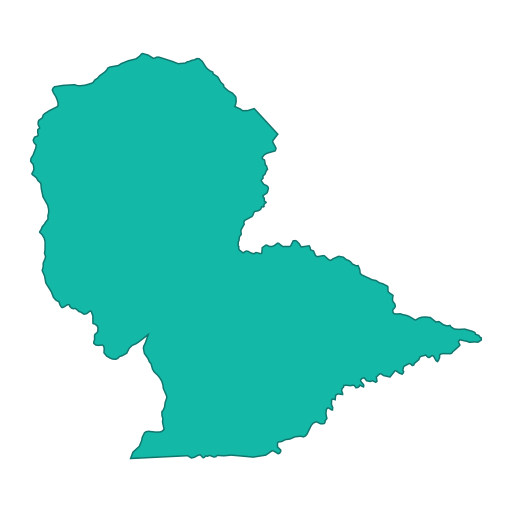 Santiago, Putumayo, Colombia (orthographic projection)
{"feature_id": "7082276B6069538576370", "entity_name": "Santiago", "entity_type": "district", "adm_level": 2, "iso_a3": "COL", "parent_name": "Colombia", "parent_adm1": "Putumayo", "projection": "orthographic", "projection_center": [-76.991, 1.09], "detail": "fine", "context": "isolated", "style": "filled", "palette": "teal", "viewbox_px": 512, "rotation_deg": 0, "n_neighbors": 0, "source": "geoboundaries", "source_scale": "gbopen_adm2", "svg_char_len": 5961}
<svg xmlns="http://www.w3.org/2000/svg" viewBox="0 0 512 512"><path d="M53.0,88.3L52.3,90.0L53.5,92.9L55.8,96.5L57.2,99.9L58.1,103.1L58.0,105.8L56.9,106.9L49.6,110.5L44.7,113.6L43.2,115.1L42.3,117.9L38.8,120.3L38.3,121.5L38.1,124.4L39.6,127.7L39.6,128.3L37.8,129.5L37.7,131.9L38.2,135.2L37.6,136.0L34.5,137.2L33.2,140.2L34.0,142.6L36.2,145.1L35.8,147.9L33.1,155.0L31.0,158.4L30.8,159.8L30.7,161.4L33.3,164.6L33.9,168.9L33.2,171.4L31.9,173.6L32.2,174.5L36.3,177.6L38.1,180.8L39.7,182.1L40.9,183.7L41.3,188.5L43.0,196.8L47.7,205.2L48.6,209.3L48.7,212.4L47.9,215.8L48.0,219.2L45.4,222.4L44.6,224.0L42.2,226.7L41.2,229.4L39.7,231.7L39.7,232.4L42.0,234.5L44.2,238.2L45.1,241.7L45.0,250.0L44.5,253.3L45.5,256.1L45.4,257.8L43.2,263.2L43.2,266.7L42.2,270.5L44.6,276.1L45.8,282.9L51.4,291.9L53.4,297.3L56.2,300.4L58.8,301.6L60.3,305.5L61.6,307.3L62.1,307.6L63.8,307.1L67.3,304.8L68.8,304.7L69.4,304.9L69.8,306.4L71.5,308.1L73.1,308.7L75.2,308.5L76.3,309.1L79.0,311.6L80.6,312.0L84.0,314.2L86.5,313.7L90.0,311.1L90.7,311.1L91.3,311.6L92.9,316.0L92.9,323.2L93.3,323.7L94.9,324.0L96.5,325.3L97.5,326.3L98.0,327.7L97.8,331.2L97.3,332.4L95.0,334.3L94.5,335.8L94.6,339.6L93.8,341.8L93.8,343.4L95.8,345.0L98.2,345.4L102.3,345.0L103.3,345.6L104.2,347.8L104.0,352.8L106.7,356.1L109.5,357.8L112.3,359.0L115.8,359.3L117.8,358.4L119.4,356.6L122.2,355.7L126.7,353.2L129.1,348.4L132.1,345.4L135.9,343.8L138.1,342.4L148.2,334.6L145.4,342.9L143.7,346.3L143.4,348.3L144.4,353.4L148.0,358.5L149.4,361.8L151.1,363.9L152.5,369.1L154.1,371.8L157.6,375.1L159.7,377.7L161.9,381.4L163.0,385.3L163.3,388.3L166.6,395.9L166.8,397.7L165.1,402.8L164.6,407.0L163.0,410.6L162.0,411.5L161.9,412.7L162.0,415.7L162.9,418.8L162.5,422.0L164.1,429.4L161.7,431.5L159.9,432.0L155.6,432.1L148.5,431.3L146.1,431.7L144.5,432.8L142.2,437.5L141.7,440.5L139.3,446.4L133.0,452.1L130.6,458.5L187.6,455.7L191.4,458.0L194.3,457.3L197.9,455.4L200.2,454.8L203.2,457.8L204.5,457.2L205.7,455.9L207.5,456.3L208.8,455.6L210.0,455.5L213.8,457.0L215.9,456.7L216.3,456.0L217.7,455.4L223.8,455.8L231.2,455.1L253.3,457.1L265.8,455.1L272.0,450.8L273.7,451.0L278.1,453.7L279.5,453.3L280.7,451.5L280.7,450.0L277.5,446.9L277.5,443.2L278.1,442.1L281.7,441.5L285.5,439.6L290.0,439.0L295.0,436.8L300.7,436.2L303.4,436.9L305.3,436.0L306.8,434.5L311.3,425.3L313.2,423.1L316.3,421.7L320.6,423.8L323.7,423.7L324.7,423.0L325.4,420.4L326.9,418.6L325.9,413.7L326.3,409.6L327.5,408.1L328.6,407.9L331.6,409.9L332.5,410.0L332.7,407.4L331.5,404.6L331.5,400.4L332.4,398.9L335.2,399.7L335.6,395.5L336.5,394.6L338.2,393.9L342.6,394.5L342.6,393.4L341.6,390.6L342.1,388.5L343.5,387.1L343.9,385.4L346.6,385.2L350.1,385.7L353.3,385.2L354.5,385.7L356.0,387.8L358.0,387.4L359.2,386.4L359.8,385.2L363.5,386.9L363.8,385.7L363.5,384.6L360.6,381.1L360.6,379.9L362.3,378.2L364.4,377.9L366.6,380.8L370.3,381.5L372.5,380.7L375.8,382.3L377.0,381.3L376.3,377.0L379.7,373.8L381.0,373.9L383.7,375.6L390.0,377.0L395.0,370.8L395.9,370.7L399.4,373.2L402.1,374.2L403.4,372.7L403.6,371.4L402.8,370.2L403.5,367.1L404.2,366.2L409.2,363.5L410.8,364.0L411.7,365.1L412.6,365.5L413.8,365.0L414.3,363.5L418.8,359.7L419.8,357.2L420.8,356.4L425.8,355.1L427.4,356.8L428.2,357.4L429.4,357.5L431.6,355.8L432.5,355.7L433.6,356.2L436.0,360.6L437.5,361.6L438.4,360.5L439.6,357.5L439.6,355.2L440.4,354.2L442.5,353.6L450.2,353.7L451.7,353.2L452.8,351.7L458.8,346.4L459.9,345.0L458.4,341.8L459.8,339.8L467.6,341.5L469.3,342.3L474.6,341.9L478.0,342.2L481.3,340.0L481.3,337.9L479.6,336.8L478.8,335.4L475.6,334.3L474.9,332.5L472.6,331.4L464.8,329.1L458.6,329.4L454.3,329.0L451.1,327.0L450.0,325.4L447.7,325.9L446.3,325.7L443.3,324.7L439.3,321.8L438.2,321.6L435.9,322.0L430.3,317.5L425.6,317.0L421.8,317.2L418.9,318.1L415.7,320.0L414.8,319.8L408.9,316.3L405.8,315.2L403.2,314.8L400.4,313.8L396.0,314.0L394.1,313.7L393.0,312.4L392.7,310.0L394.6,307.8L395.2,306.7L395.2,305.5L394.8,304.0L392.7,301.2L392.5,299.1L393.0,295.4L388.9,292.5L388.0,291.3L387.9,286.9L387.5,286.2L382.7,283.7L379.6,282.9L375.9,280.5L372.2,279.8L361.6,274.8L360.2,273.3L359.7,269.4L358.1,265.6L356.0,265.8L353.8,264.6L352.7,264.4L350.7,262.0L348.9,260.6L346.2,259.6L343.4,257.2L338.6,256.3L332.8,258.9L330.9,260.4L328.7,259.7L324.4,255.8L323.3,255.6L317.3,256.7L315.5,255.6L313.5,250.9L310.6,249.9L310.1,247.5L309.2,245.8L301.2,247.0L299.1,243.6L296.6,241.1L295.5,240.6L293.2,240.8L290.5,246.2L290.0,246.5L282.7,246.5L278.4,243.2L277.5,243.2L274.1,245.7L272.1,246.5L269.4,246.5L267.0,245.2L265.9,245.1L262.2,247.7L261.8,253.1L260.6,253.7L256.6,252.6L255.7,252.6L254.0,253.8L253.3,253.6L250.5,252.8L248.5,251.5L246.6,251.0L245.2,251.5L243.1,252.9L239.4,250.0L238.7,248.4L238.8,246.5L238.1,245.6L238.3,241.9L239.0,240.4L239.4,236.8L241.2,234.5L240.9,230.1L244.2,224.2L243.8,222.4L244.3,221.0L245.4,220.0L251.8,216.6L252.7,215.6L254.0,212.2L254.6,211.5L258.1,210.8L260.5,209.5L261.8,206.7L263.5,206.9L264.1,206.3L263.8,205.6L264.3,204.0L266.1,202.5L265.8,201.9L264.4,201.2L264.2,198.0L263.1,197.0L263.0,195.6L266.8,193.1L267.7,191.2L268.4,188.2L267.9,186.8L266.6,185.6L263.9,184.4L261.3,180.9L261.3,180.1L263.1,178.1L262.9,176.6L263.2,175.7L264.9,174.3L266.4,170.5L267.5,169.5L266.5,166.0L265.4,165.0L264.5,160.0L262.4,158.8L262.3,157.2L264.6,154.5L267.4,153.1L275.1,150.9L276.0,148.7L275.8,147.6L272.8,142.2L272.7,140.8L277.8,134.2L254.2,108.6L247.7,110.6L242.5,110.7L240.5,109.1L234.8,106.5L235.7,104.1L236.2,101.1L235.9,97.3L235.3,96.3L232.4,93.1L228.3,90.9L224.0,87.1L223.5,84.8L220.9,82.4L217.7,76.9L213.3,74.0L212.7,72.0L210.1,70.9L207.6,69.0L205.9,67.2L202.2,61.3L199.1,58.7L196.6,58.6L194.5,59.9L192.1,60.2L189.1,61.5L187.2,61.8L185.4,63.1L178.1,63.7L172.3,61.4L159.1,57.2L156.9,57.1L154.4,58.2L153.3,58.3L148.0,55.0L142.4,53.5L141.2,54.3L139.7,56.1L135.9,58.9L128.5,60.7L121.2,63.6L118.4,65.5L110.1,67.0L107.9,68.0L106.7,70.0L104.7,72.1L99.6,75.8L97.5,78.3L94.8,80.0L93.1,82.5L91.5,83.3L85.2,85.2L79.7,85.8L77.1,85.6L74.6,84.7L62.9,85.4L54.4,86.8L53.0,88.3Z" fill="#14b8a6" stroke="#0f766e" stroke-width="1.5"/></svg>